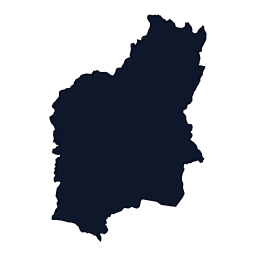 Turiscai, Manufahi, East Timor (Natural Earth projection)
{"feature_id": "22284137B60481947224566", "entity_name": "Turiscai", "entity_type": "district", "adm_level": 2, "iso_a3": "TLS", "parent_name": "East Timor", "parent_adm1": "Manufahi", "projection": "natural_earth1", "projection_center": [125.752, -8.827], "detail": "fine", "context": "isolated", "style": "filled", "palette": "ink", "viewbox_px": 256, "rotation_deg": 0, "n_neighbors": 0, "source": "geoboundaries", "source_scale": "gbopen_adm2", "svg_char_len": 5731}
<svg xmlns="http://www.w3.org/2000/svg" viewBox="0 0 256 256"><path d="M203.5,158.8L202.8,158.3L201.8,156.6L201.4,155.6L201.4,154.1L199.7,151.1L198.2,150.1L197.2,149.8L196.9,149.1L196.8,147.7L195.8,145.4L194.6,144.3L193.8,143.1L190.5,140.8L189.7,140.0L189.6,139.4L190.1,138.4L190.3,137.4L191.0,137.4L191.3,136.9L191.8,135.4L191.8,134.8L191.2,133.6L190.8,133.6L190.3,133.4L190.0,132.9L189.9,132.3L190.5,130.7L191.4,129.8L192.0,126.8L191.4,125.3L190.9,124.8L188.7,124.8L187.3,124.0L186.9,123.4L185.6,119.9L185.4,116.4L184.3,114.7L182.8,113.4L182.5,112.3L182.8,110.0L183.3,109.5L184.0,109.4L185.7,108.5L186.4,107.7L186.8,104.4L189.4,103.3L190.1,102.8L191.7,100.3L191.7,98.5L191.5,96.7L192.6,94.5L193.0,92.7L193.8,91.1L194.7,90.1L195.3,89.0L196.8,85.5L197.9,84.3L198.2,83.3L199.6,81.0L199.7,80.6L199.3,79.0L199.9,78.3L200.2,76.9L201.4,75.7L202.2,74.2L202.0,72.6L203.2,69.9L204.4,67.8L204.5,66.9L203.7,67.0L202.3,66.4L199.9,66.0L197.9,66.0L197.5,65.7L198.6,63.5L198.9,62.4L198.9,61.1L199.7,58.7L199.2,55.3L198.5,53.4L198.4,52.0L198.6,51.5L199.8,51.5L201.0,51.0L201.3,50.5L201.1,48.1L204.8,41.0L205.5,39.1L205.7,37.5L205.5,35.4L205.8,34.5L205.8,33.5L205.2,32.9L204.7,31.4L203.5,30.3L203.8,29.7L203.5,28.5L203.5,26.8L202.9,26.3L202.3,27.4L200.2,28.9L198.7,30.8L197.2,33.5L196.6,33.8L195.1,34.0L194.1,33.9L192.7,33.2L191.6,32.1L191.4,31.4L191.7,30.5L191.3,27.5L191.0,27.1L190.5,26.7L189.9,25.7L189.5,25.4L188.2,23.1L185.8,23.4L185.8,25.5L185.4,26.5L184.7,27.6L182.8,28.4L180.9,28.8L179.9,28.4L177.4,28.1L175.0,27.1L174.6,24.8L174.0,24.7L173.9,24.4L174.2,23.8L173.8,23.7L173.6,23.1L173.1,23.3L172.7,23.3L172.6,22.4L172.0,22.0L171.9,21.5L171.6,21.1L171.3,21.2L170.7,20.6L170.3,20.7L170.1,20.1L169.7,19.8L168.2,21.4L167.1,21.3L166.8,21.9L166.5,22.3L166.1,22.3L165.8,22.0L165.7,21.2L165.0,20.9L164.8,20.1L164.4,19.8L163.9,20.0L163.3,19.4L162.0,19.1L162.0,18.8L161.7,18.5L161.8,18.1L161.7,17.8L160.6,17.0L160.3,16.3L159.7,16.4L158.3,15.4L157.7,15.5L156.5,16.2L155.3,15.4L153.0,16.0L150.1,15.4L149.1,15.5L148.5,15.8L148.0,16.5L147.9,18.3L148.5,19.7L150.7,22.7L150.8,25.3L150.4,27.5L149.8,29.0L149.4,29.4L148.2,32.7L147.2,35.1L146.4,36.1L143.8,36.6L143.1,37.0L142.3,37.7L142.1,38.5L142.0,40.1L142.2,41.5L139.7,40.6L138.9,40.6L137.7,40.2L137.8,42.4L137.0,43.8L136.2,45.0L135.8,46.2L135.4,46.2L134.8,46.0L134.2,44.4L133.7,43.8L133.1,43.6L131.5,44.2L131.3,45.1L131.4,46.8L131.6,47.5L131.6,49.8L130.4,55.1L130.5,55.9L131.1,57.0L131.1,57.4L130.6,58.0L128.5,58.3L125.8,59.9L125.0,61.4L124.8,62.7L123.8,64.5L122.6,66.2L122.0,67.8L121.4,68.3L120.4,68.5L118.5,68.4L117.3,68.8L116.8,69.4L115.4,73.5L113.6,76.2L112.9,76.4L110.1,75.4L107.3,73.1L104.7,72.6L101.4,72.8L100.3,72.6L98.8,72.0L98.2,71.5L97.8,71.0L96.3,71.0L94.5,72.1L93.9,71.5L93.6,71.9L93.5,72.7L93.0,73.1L92.5,73.2L92.3,73.6L92.2,74.8L91.3,74.9L88.3,74.4L87.3,74.6L86.5,74.1L84.4,74.9L83.5,74.7L82.9,75.0L82.1,75.7L81.3,75.7L80.5,77.4L79.4,77.8L78.8,78.6L77.6,79.3L76.3,79.8L74.5,82.8L74.1,85.0L73.3,85.7L72.3,85.8L71.9,86.1L71.2,87.3L70.3,88.4L69.4,88.8L66.9,88.8L64.8,90.2L61.6,90.7L60.1,91.7L59.8,92.1L59.7,92.8L59.6,96.9L55.2,102.3L54.4,102.7L53.0,105.2L52.6,106.1L52.8,106.7L53.3,107.5L54.7,108.5L55.6,110.5L55.5,111.0L53.3,115.3L50.5,116.9L50.2,117.2L50.2,117.9L50.2,118.5L51.7,122.8L52.6,123.5L54.8,126.4L55.2,128.1L56.0,129.4L55.9,130.5L55.1,130.5L54.4,130.9L54.1,131.6L53.8,135.2L54.4,137.4L54.6,139.0L53.7,141.5L55.8,142.0L56.1,143.3L57.4,144.4L59.0,144.7L59.5,145.0L59.8,145.6L59.4,146.4L56.9,147.2L56.2,148.6L53.2,149.8L53.2,150.5L53.4,150.8L53.2,151.5L52.8,151.8L53.0,152.7L54.8,153.2L56.1,153.9L56.7,153.8L58.1,154.4L59.0,153.9L60.3,153.7L60.7,154.1L61.0,156.1L60.4,156.9L59.3,157.7L58.0,158.0L57.1,158.9L56.3,159.3L56.1,160.0L56.5,161.3L56.3,163.2L56.2,163.9L55.4,164.6L55.5,165.2L56.5,166.1L56.5,166.8L55.2,168.3L55.1,169.1L55.7,170.2L55.5,171.1L54.5,172.2L54.4,172.6L55.1,174.0L55.9,174.2L56.3,174.9L54.3,178.6L54.3,179.1L54.9,181.5L55.5,181.6L56.1,181.0L57.6,180.7L60.2,181.0L61.3,181.7L60.6,184.5L57.3,188.9L57.4,190.3L57.0,190.9L57.0,192.0L56.7,192.8L56.8,194.0L56.3,195.1L56.4,196.2L57.2,197.4L57.5,198.6L58.4,199.6L58.5,200.2L58.1,202.0L57.4,203.0L57.3,203.5L58.1,206.3L58.1,207.5L55.8,210.3L55.4,211.3L55.5,211.8L54.9,212.9L54.9,213.9L54.4,214.2L54.2,215.1L53.0,215.8L52.7,216.1L52.3,218.0L52.5,219.2L56.7,219.2L62.1,219.9L69.2,221.8L70.7,221.6L75.6,223.1L77.7,225.3L79.1,226.0L79.7,228.1L80.3,228.9L80.5,230.1L82.1,231.6L82.6,231.8L85.1,231.1L85.5,231.2L86.4,232.2L87.6,232.6L89.0,232.0L89.4,232.0L90.4,232.7L93.5,233.9L94.1,234.8L95.7,234.8L96.8,235.8L97.4,236.6L98.0,238.1L98.7,238.7L99.2,239.5L100.4,240.6L100.6,240.0L100.6,237.1L100.5,236.7L99.4,235.4L99.5,233.7L100.0,232.8L100.5,232.6L101.3,232.5L102.1,232.7L103.5,233.3L104.8,233.3L106.1,232.1L107.2,230.7L107.5,230.1L107.4,229.4L106.7,228.3L106.1,226.5L104.8,225.6L104.3,224.7L105.9,223.0L106.1,222.2L105.2,221.3L105.2,220.0L105.4,219.5L105.8,218.8L106.7,218.3L107.8,215.9L108.2,215.9L109.2,216.4L109.7,216.3L109.9,215.8L110.0,214.8L111.2,213.4L111.6,213.1L113.7,213.4L115.1,212.6L120.8,210.5L121.3,210.2L123.6,207.4L124.1,207.2L125.5,207.4L126.4,207.2L127.3,207.7L128.6,207.7L131.5,206.2L132.0,206.1L134.8,207.3L137.2,207.8L139.0,206.5L139.3,205.5L140.1,201.1L141.0,199.5L142.0,198.5L157.0,201.1L161.4,204.2L172.9,205.8L173.7,205.6L174.8,206.1L175.5,206.1L182.1,197.2L183.9,193.5L182.4,188.4L182.2,187.3L182.6,184.2L182.5,183.5L181.2,180.4L181.2,178.4L181.2,176.9L182.2,172.8L183.2,170.9L183.8,169.1L182.9,167.6L183.4,164.4L183.8,163.6L184.2,163.0L184.6,162.9L186.8,163.6L188.5,162.4L190.6,162.5L191.2,162.2L191.9,161.3L192.9,161.2L193.3,160.9L194.9,160.8L198.1,159.6L199.3,160.4L200.2,162.0L200.7,162.2L202.2,161.6L202.3,160.4L202.6,159.9L203.5,158.8Z" fill="#0f172a" stroke="#020617" stroke-width="1.5"/></svg>